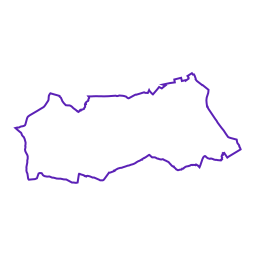 Ciprian Porumbescu, Suceava, Romania
{"feature_id": "2599482B10276215213878", "entity_name": "Ciprian Porumbescu", "entity_type": "district", "adm_level": 2, "iso_a3": "ROU", "parent_name": "Romania", "parent_adm1": "Suceava", "projection": "mercator", "projection_center": [26.075, 47.579], "detail": "fine", "context": "isolated", "style": "outline", "palette": "violet", "viewbox_px": 256, "rotation_deg": 0, "n_neighbors": 0, "source": "geoboundaries", "source_scale": "gbopen_adm2", "svg_char_len": 5707}
<svg xmlns="http://www.w3.org/2000/svg" viewBox="0 0 256 256"><path d="M76.4,182.8L77.6,182.5L78.9,174.2L79.1,173.8L79.9,173.9L80.2,174.2L83.6,175.2L85.1,176.0L85.6,176.2L85.5,176.3L86.3,176.5L86.5,176.0L87.0,176.0L87.6,175.8L89.9,176.4L90.9,176.8L92.5,177.5L92.8,177.6L93.5,177.5L94.0,177.5L99.3,179.8L99.9,180.2L100.3,180.3L102.8,180.3L103.3,180.1L103.8,179.7L104.6,178.7L107.8,174.3L109.0,172.6L109.4,172.7L109.7,172.7L110.4,172.5L111.2,172.2L114.4,171.0L114.2,170.5L115.3,170.1L115.7,169.8L116.2,169.5L116.7,169.2L117.1,169.0L117.8,168.6L119.8,168.0L120.2,167.9L121.4,167.8L121.6,167.8L122.9,167.3L125.7,166.4L127.6,165.7L128.3,165.6L128.9,165.5L129.5,165.3L131.0,164.7L131.3,164.6L131.5,164.6L133.5,164.0L135.3,163.1L135.7,162.9L136.2,162.4L136.9,162.0L138.1,161.3L139.9,160.6L140.6,160.1L141.3,159.8L141.9,159.7L141.8,159.4L144.2,157.9L144.4,158.0L146.3,156.8L147.0,156.3L148.0,155.6L148.9,155.0L149.1,154.9L149.4,154.9L150.3,155.7L150.5,156.0L150.9,156.3L151.5,156.7L151.6,157.0L151.8,157.2L152.1,157.3L152.5,157.4L153.2,157.3L154.4,157.3L155.3,157.5L156.1,157.9L156.7,158.3L157.7,158.7L158.4,158.7L159.1,159.1L159.7,159.2L160.4,159.4L161.3,159.5L162.8,159.2L163.5,159.5L164.0,159.9L166.1,160.8L167.4,161.5L168.1,161.8L168.7,162.2L169.4,163.0L169.8,163.6L170.5,164.2L171.4,165.3L171.9,165.8L173.0,166.5L173.7,166.4L173.9,166.6L173.9,166.9L173.9,167.1L174.1,167.3L174.3,167.4L174.5,167.6L175.1,168.1L175.5,168.5L175.8,168.8L175.9,169.0L176.1,169.3L176.7,169.6L177.2,169.8L177.6,170.1L178.5,170.1L180.1,169.6L180.6,169.6L180.8,169.6L181.0,169.6L181.5,169.6L181.7,169.3L181.9,169.1L182.0,168.9L182.1,168.7L182.8,168.7L183.1,168.7L183.4,168.6L183.9,167.9L184.3,167.7L185.5,166.8L186.1,166.6L187.2,166.3L188.2,166.2L188.7,166.0L189.2,165.8L189.7,165.8L190.1,165.5L190.5,165.2L191.2,165.0L191.6,164.9L192.1,165.0L192.4,164.9L192.8,165.1L193.6,164.9L194.0,164.9L194.7,165.0L195.0,165.0L195.4,165.0L195.6,165.2L195.8,165.1L195.8,164.8L195.7,164.6L195.8,164.5L196.2,164.5L196.7,164.8L197.1,165.1L197.6,165.5L197.8,165.6L198.0,165.6L198.3,165.8L198.4,166.1L198.6,166.3L198.9,166.6L199.1,166.6L199.2,167.0L199.5,167.3L200.3,165.4L202.4,159.2L203.3,157.3L203.9,156.7L204.3,156.3L204.6,156.1L205.2,156.1L205.4,156.2L206.5,157.3L207.2,157.8L208.0,158.3L208.7,158.5L209.1,158.6L209.6,158.8L210.1,158.8L210.4,158.6L210.7,158.5L211.0,158.5L211.5,158.7L211.9,158.7L212.6,159.0L213.3,159.2L214.0,159.6L214.8,159.7L215.3,159.9L216.0,159.9L216.8,159.9L217.5,160.1L218.5,160.2L219.7,160.3L220.6,160.4L220.7,160.0L220.8,159.9L221.1,159.9L221.3,159.9L221.4,160.0L221.5,159.9L221.8,159.5L222.1,159.2L221.8,158.7L222.2,157.6L222.0,157.3L221.8,157.1L221.6,156.7L221.6,156.4L221.6,156.2L221.8,155.8L222.0,155.6L222.2,155.4L222.1,155.0L222.2,154.9L222.6,155.1L222.9,155.0L223.1,154.7L223.0,154.4L223.0,154.1L222.7,153.2L222.9,153.0L223.1,153.1L223.4,153.2L223.6,153.2L223.8,153.2L224.0,153.0L224.2,152.9L227.3,157.6L228.8,156.5L240.6,149.4L240.3,148.4L240.1,147.9L239.8,147.5L239.5,146.9L239.3,146.5L239.4,146.2L239.2,145.9L239.1,145.3L238.7,144.7L237.8,143.6L237.4,143.0L237.0,141.6L236.7,139.6L236.4,139.5L235.9,139.4L231.0,138.1L229.1,137.5L228.3,137.1L228.0,136.9L225.9,133.9L223.7,130.5L221.5,127.8L219.3,124.9L218.6,123.9L217.9,123.0L217.5,122.4L216.6,120.8L215.8,119.7L215.7,119.6L215.4,119.2L208.6,109.1L208.0,108.0L207.8,107.4L207.6,106.7L207.1,106.7L206.6,102.9L206.4,100.4L206.5,99.3L206.7,97.6L208.2,93.0L208.4,91.4L208.5,89.8L202.5,85.0L202.1,85.1L201.8,84.8L196.9,81.0L196.1,80.0L195.6,79.4L195.7,79.0L195.7,78.6L195.0,76.7L194.7,75.8L194.4,75.2L194.0,74.6L193.9,74.4L192.9,74.6L191.9,73.2L187.5,76.0L188.5,77.3L188.3,77.6L188.6,78.6L185.7,80.7L185.5,80.2L181.9,81.0L181.1,77.8L174.3,79.5L174.8,82.4L169.7,83.1L162.7,84.6L165.4,85.5L163.2,87.2L161.8,88.4L159.1,87.0L157.3,89.3L152.9,94.4L152.7,94.3L150.8,92.4L150.0,91.5L149.4,90.7L149.1,90.1L147.8,93.0L146.9,92.9L145.6,92.9L145.1,92.8L144.1,92.3L140.0,93.6L136.3,94.7L136.2,94.6L135.8,94.6L135.2,94.8L134.4,95.2L128.9,98.2L128.5,98.3L128.1,98.2L127.6,97.9L127.1,97.6L126.2,96.7L124.4,96.1L122.9,95.8L119.3,95.5L119.0,95.6L117.8,96.0L117.0,96.1L116.2,95.9L115.8,95.7L111.2,96.0L108.7,96.2L105.4,96.3L104.1,96.3L102.3,96.3L95.5,96.2L93.0,96.3L91.0,96.4L88.4,96.4L89.1,97.4L89.1,98.2L88.7,98.7L88.3,99.5L88.4,100.3L88.1,100.9L87.5,101.2L86.4,101.9L86.0,102.6L85.7,102.9L85.9,103.6L86.0,104.2L85.6,104.4L85.3,104.1L85.1,104.0L84.9,104.6L85.1,105.3L85.1,106.9L84.3,107.8L84.1,108.8L82.1,109.7L81.0,109.6L80.7,109.8L80.8,110.5L80.2,110.7L79.9,110.4L79.3,111.3L78.5,111.9L77.7,111.2L77.4,111.4L75.9,110.0L73.4,108.2L71.9,106.7L70.6,105.8L69.4,105.4L67.8,105.4L65.8,105.2L63.8,103.1L62.4,101.2L61.7,99.5L60.9,97.7L59.5,96.5L59.5,95.9L53.5,94.2L50.4,93.3L50.1,93.6L49.4,94.7L48.9,95.7L48.7,97.1L48.6,98.9L48.5,99.9L48.1,100.8L45.0,105.5L44.1,106.6L43.4,107.2L40.2,109.1L37.6,110.7L29.6,115.4L28.0,116.6L27.5,117.3L27.0,118.5L25.4,124.4L25.0,125.2L24.3,125.7L22.9,126.2L21.0,126.5L20.2,126.8L19.3,127.4L18.8,127.5L18.4,127.5L17.8,127.5L17.3,127.5L15.4,128.0L17.3,129.7L19.9,131.9L21.0,132.7L21.4,133.4L21.9,134.9L22.2,135.4L22.9,136.3L23.8,137.1L24.6,138.9L25.5,142.2L25.6,142.9L25.5,144.2L25.5,144.8L25.2,146.0L25.5,146.7L25.4,147.7L25.0,149.5L25.2,150.5L25.2,150.9L25.9,152.5L27.2,154.8L27.7,156.3L27.7,158.6L27.5,159.6L27.3,160.2L27.3,162.6L26.9,164.5L26.5,166.6L26.4,167.6L26.5,168.6L26.4,170.7L26.6,171.4L26.7,172.0L27.0,172.7L27.4,173.5L27.8,176.1L28.0,177.7L28.2,178.7L28.6,179.4L28.9,179.7L31.6,179.4L35.0,179.1L36.9,178.3L38.6,173.5L39.8,173.0L41.7,173.2L43.0,175.2L44.4,176.1L47.0,176.6L49.5,176.5L52.1,177.6L53.7,177.7L56.9,178.6L60.7,178.7L63.8,179.4L66.3,179.5L71.9,182.5L73.6,182.5L75.3,182.8L76.4,182.8Z" fill="none" stroke="#5b21b6" stroke-width="2"/></svg>